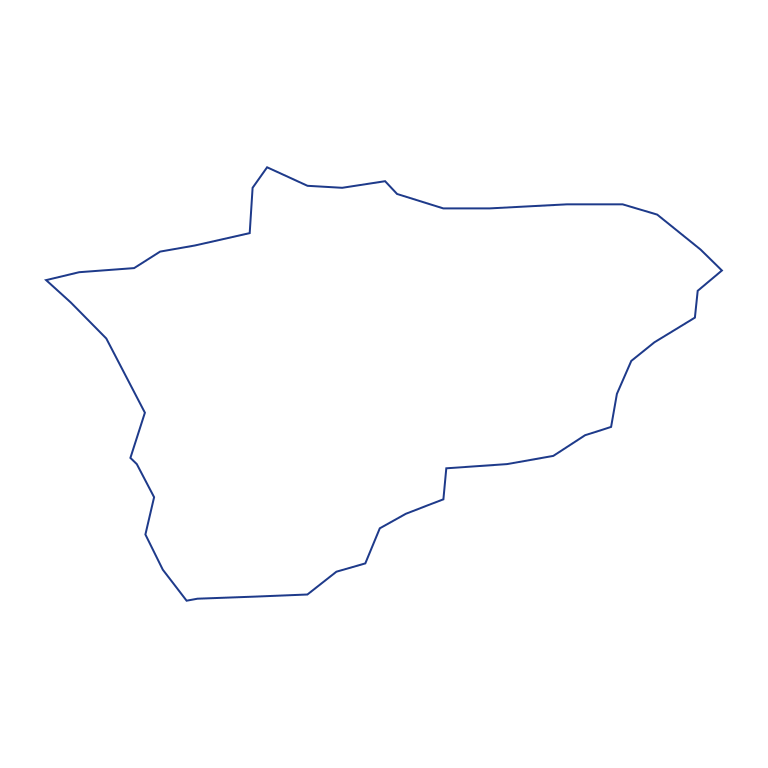 Ängelholm, Skåne, Sweden (Natural Earth projection)
{"feature_id": "70781695B30639939072107", "entity_name": "Ängelholm", "entity_type": "district", "adm_level": 2, "iso_a3": "SWE", "parent_name": "Sweden", "parent_adm1": "Skåne", "projection": "natural_earth1", "projection_center": [12.99, 56.279], "detail": "fine", "context": "isolated", "style": "outline", "palette": "blue", "viewbox_px": 768, "rotation_deg": 0, "n_neighbors": 0, "source": "geoboundaries", "source_scale": "gbopen_adm2", "svg_char_len": 712}
<svg xmlns="http://www.w3.org/2000/svg" viewBox="0 0 768 768"><path d="M186.6,600.7L197.5,598.7L255.3,596.6L307.4,594.5L336.4,571.7L365.3,563.4L379.8,528.3L405.8,513.8L428.0,505.2L443.4,499.3L446.3,468.3L507.0,464.1L553.3,455.9L585.1,435.2L602.2,429.8L611.1,426.9L616.9,393.9L631.3,360.9L654.4,342.3L694.9,317.6L697.7,290.8L721.9,270.5L700.6,249.6L657.2,214.6L622.5,204.3L567.6,204.3L489.6,208.4L443.3,208.4L397.1,194.0L385.1,181.2L342.2,187.8L307.5,185.8L267.1,167.3L252.6,187.8L249.7,233.1L194.8,245.5L160.1,251.6L134.1,268.1L79.2,272.2L46.1,280.1L70.7,302.4L106.3,338.5L144.9,412.7L130.4,457.9L136.8,464.1L154.1,497.2L145.4,534.5L162.8,569.7L186.6,600.7Z" fill="none" stroke="#1e3a8a" stroke-width="2"/></svg>